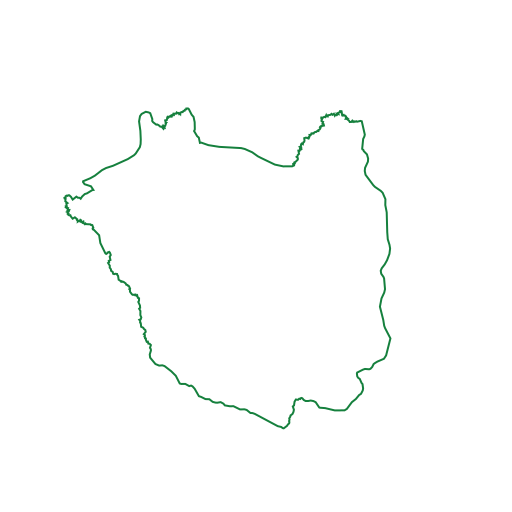 Sa Bot, Lop Buri, Thailand (Mercator projection), rotated 65°
{"feature_id": "78962969B19541644764840", "entity_name": "Sa Bot", "entity_type": "district", "adm_level": 2, "iso_a3": "THA", "parent_name": "Thailand", "parent_adm1": "Lop Buri", "projection": "mercator", "projection_center": [100.826, 15.236], "detail": "fine", "context": "isolated", "style": "outline", "palette": "green", "viewbox_px": 512, "rotation_deg": 65, "n_neighbors": 0, "source": "geoboundaries", "source_scale": "gbopen_adm2", "svg_char_len": 6106}
<svg xmlns="http://www.w3.org/2000/svg" viewBox="0 0 512 512"><g transform="rotate(65 256 256)"><path d="M387.5,169.0L375.9,169.5L373.4,169.3L367.8,167.7L354.3,165.1L347.5,160.2L343.4,155.3L340.6,153.1L330.5,149.4L328.8,149.3L325.0,150.0L322.1,149.2L320.3,147.3L318.0,142.9L315.2,139.0L310.5,134.2L305.9,131.3L302.3,130.3L296.5,129.5L289.9,127.0L271.7,119.1L264.5,117.3L259.2,114.7L252.2,114.5L249.7,115.4L243.6,119.0L241.3,119.8L228.7,122.4L224.9,121.5L222.2,119.9L217.8,114.7L215.1,113.2L210.8,112.5L206.5,114.0L205.1,113.9L204.3,114.5L203.6,114.4L195.2,109.4L193.5,107.3L192.0,106.1L178.6,103.2L177.7,104.3L177.0,107.7L176.2,108.2L176.2,109.4L175.7,109.8L175.9,110.6L174.0,111.4L174.1,111.7L175.1,112.1L174.2,114.4L172.6,114.5L170.1,115.8L169.6,116.7L169.0,115.8L169.3,115.2L167.7,115.9L167.4,115.5L166.0,116.2L165.6,117.6L165.0,117.3L164.8,118.4L162.7,117.8L161.8,118.2L161.8,117.5L160.9,117.3L160.2,118.6L161.0,119.3L161.0,121.2L162.3,121.3L161.2,122.7L162.3,122.8L162.5,123.3L162.0,123.6L161.7,124.7L162.1,125.3L160.0,125.3L160.3,127.1L159.1,127.5L159.5,129.0L158.9,131.1L159.7,131.9L158.9,132.2L159.1,133.1L158.2,133.0L159.5,134.5L158.7,135.4L159.1,137.7L158.3,137.8L158.1,138.3L159.0,138.7L159.8,138.2L160.7,139.3L161.5,139.6L162.8,138.5L164.2,139.9L165.0,139.0L166.5,139.3L165.8,142.0L166.2,142.2L166.0,143.2L166.3,143.6L166.8,143.3L167.5,143.7L168.2,144.8L168.3,146.4L169.1,146.7L168.6,147.7L169.0,149.1L168.6,149.9L168.7,151.0L169.3,152.0L168.8,152.4L169.0,153.0L168.3,153.9L169.4,155.2L168.9,156.3L169.9,156.5L170.5,158.0L171.1,157.8L171.8,158.7L169.8,160.7L169.6,162.5L172.0,163.3L172.9,164.1L173.0,165.1L174.5,166.3L173.4,167.0L173.8,167.9L175.6,169.0L175.6,169.9L176.7,169.1L177.1,169.3L177.2,170.1L178.3,169.7L178.5,170.4L177.8,170.9L178.5,171.1L178.4,171.9L179.1,172.3L178.6,173.1L181.6,173.8L182.2,175.6L183.3,176.4L183.4,177.3L185.0,176.7L186.3,177.4L187.3,180.1L187.4,181.6L188.2,181.6L188.2,183.4L189.0,183.7L189.6,182.9L190.0,183.2L190.0,185.3L186.3,193.4L181.1,200.3L169.0,210.2L166.4,212.2L160.4,215.6L154.3,220.9L151.9,223.9L141.6,243.1L135.4,252.3L130.1,257.7L129.8,259.0L124.5,257.8L122.6,258.7L116.6,259.3L115.6,258.1L114.2,257.4L108.7,255.0L103.5,253.8L100.7,254.6L94.4,254.8L93.5,255.3L92.9,256.8L93.6,257.2L93.4,258.5L94.2,259.3L93.8,260.4L94.6,261.7L94.1,262.5L94.1,263.9L95.3,264.6L94.6,264.8L94.9,265.7L93.6,265.8L93.0,266.7L93.2,267.2L92.5,267.4L93.2,268.3L92.2,270.4L93.3,270.8L92.7,271.4L93.4,272.1L93.1,272.6L93.5,273.0L92.7,273.2L92.9,274.7L93.5,274.7L93.0,275.7L93.2,276.1L92.4,277.2L92.8,277.8L93.7,277.5L94.0,278.6L95.1,279.4L94.7,281.0L96.6,281.4L97.1,281.0L97.2,281.5L96.6,282.0L97.9,281.6L99.7,283.3L99.9,284.0L99.3,284.4L100.7,284.6L99.5,285.5L100.5,285.8L101.3,285.5L101.7,286.1L98.9,286.9L98.3,288.1L96.2,289.0L95.0,290.0L94.8,290.9L91.1,292.8L89.7,293.0L88.1,292.1L81.9,291.5L80.5,292.6L78.7,295.0L78.9,299.6L80.2,302.0L84.6,305.1L93.7,307.9L101.7,311.2L105.8,313.3L108.3,315.3L112.3,321.7L113.1,323.9L114.0,331.2L113.8,347.5L112.9,354.7L113.1,359.3L115.1,368.1L115.5,373.3L115.2,381.1L115.9,381.5L118.5,381.0L123.1,376.1L127.4,375.5L127.1,376.5L127.8,382.8L127.5,385.0L128.6,388.4L130.0,390.7L128.7,391.3L127.9,392.8L126.3,393.7L127.4,398.3L124.1,398.7L122.0,399.6L121.6,400.5L121.9,401.3L121.2,402.2L121.4,403.3L122.5,403.8L122.3,405.0L123.0,405.2L123.9,404.5L125.8,405.7L128.3,404.5L128.3,405.7L130.7,406.4L130.5,407.4L131.5,407.7L133.0,406.2L133.2,406.5L132.9,407.1L134.1,406.5L134.8,407.3L135.4,405.8L136.4,406.8L136.4,408.4L136.9,408.0L138.1,408.8L138.5,408.1L139.2,408.7L140.2,408.1L140.6,407.0L141.9,407.1L144.7,406.4L144.4,403.8L147.0,402.6L147.4,403.1L148.3,403.0L148.8,402.3L149.5,402.8L149.3,401.5L149.9,401.1L149.0,399.9L149.8,399.4L151.0,400.3L151.9,399.1L151.8,397.9L152.2,398.0L152.4,398.9L152.8,399.1L153.6,398.1L154.8,397.7L154.5,396.8L155.2,396.7L157.4,392.6L158.1,392.5L158.8,391.3L161.6,391.5L161.9,392.4L162.9,392.6L163.7,391.9L170.9,389.4L178.5,391.6L189.9,391.4L190.8,390.9L190.6,389.3L190.1,389.0L190.2,387.3L191.2,387.0L193.7,387.2L194.8,388.9L198.1,389.6L198.2,391.5L199.5,391.7L199.8,393.0L203.0,392.6L204.7,393.5L206.7,393.1L208.1,393.6L209.8,392.6L211.7,393.0L212.5,392.2L212.6,391.1L213.6,389.5L214.8,389.7L215.7,389.4L219.4,390.5L221.6,389.2L221.9,388.6L222.5,388.9L223.4,387.0L225.8,385.7L227.3,385.7L227.9,384.7L228.7,384.7L229.6,383.9L232.2,383.9L232.5,384.8L233.4,384.5L235.1,385.3L238.4,384.6L239.3,383.9L239.5,382.7L240.5,382.2L240.2,381.3L241.5,381.0L241.4,380.3L243.2,380.7L243.9,380.3L244.2,380.6L245.0,379.9L247.2,381.0L247.9,382.1L251.8,382.1L254.0,382.9L254.4,384.2L257.0,384.0L260.7,385.8L263.2,385.9L264.6,387.2L264.5,388.7L266.0,388.4L267.4,389.2L268.1,388.8L271.6,390.0L273.4,388.5L274.7,388.4L276.3,387.6L278.1,388.0L279.4,390.7L280.5,390.1L281.4,390.4L281.9,391.2L283.0,390.9L283.7,391.3L284.3,390.7L285.3,391.2L287.6,391.3L287.9,390.2L289.9,390.6L290.6,389.5L292.3,388.9L294.4,390.9L296.0,390.7L297.3,391.2L300.3,393.9L303.4,394.9L311.4,392.8L314.4,390.1L315.5,387.1L317.1,385.4L324.7,381.5L330.7,379.3L339.3,379.0L340.4,377.8L342.1,374.1L345.7,371.5L346.0,369.6L347.4,368.6L350.4,367.7L358.9,367.0L360.5,365.3L364.3,362.3L366.1,358.8L369.9,356.9L371.8,354.6L372.6,353.1L373.5,349.8L376.1,347.9L378.2,347.4L381.2,343.1L382.6,339.9L388.2,335.4L390.2,331.1L391.6,329.5L395.9,327.4L396.9,325.5L398.6,323.8L419.4,308.2L421.6,305.4L423.3,304.5L423.9,303.7L423.0,299.5L422.2,298.4L421.7,296.7L420.6,295.9L419.6,295.8L418.5,294.8L417.2,294.5L416.1,292.8L415.1,292.1L414.6,289.7L413.1,287.9L411.3,286.6L407.9,286.2L407.5,284.7L404.3,282.6L402.9,280.5L404.1,278.7L403.6,277.1L404.3,276.3L403.8,275.6L403.9,274.7L404.6,274.1L406.6,273.6L408.4,272.3L409.5,269.9L410.1,267.5L411.8,265.2L413.7,263.7L420.0,262.7L420.5,262.2L423.1,257.6L429.2,249.9L433.3,241.0L433.0,238.3L429.0,230.9L427.8,225.9L425.6,221.3L425.3,219.1L423.0,216.1L421.3,214.9L417.1,213.6L415.7,214.0L411.3,213.9L409.5,214.9L407.9,215.1L405.3,214.3L404.4,213.6L404.2,207.0L404.4,205.0L406.5,201.3L406.6,199.9L405.7,197.6L403.6,195.0L403.3,193.4L403.0,190.7L403.2,183.5L401.1,180.1L387.5,169.0Z" fill="none" stroke="#15803d" stroke-width="2"/></g></svg>